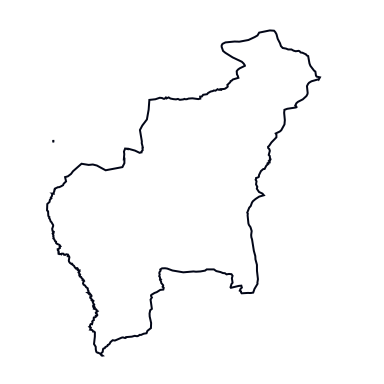 the district of Shinyanga, Shinyanga, United Republic of Tanzania, rotated 80°
{"feature_id": "72390352B3732768371218", "entity_name": "Shinyanga", "entity_type": "district", "adm_level": 2, "iso_a3": "TZA", "parent_name": "United Republic of Tanzania", "parent_adm1": "Shinyanga", "projection": "natural_earth1", "projection_center": [33.123, -3.598], "detail": "fine", "context": "isolated", "style": "outline", "palette": "ink", "viewbox_px": 384, "rotation_deg": 80, "n_neighbors": 0, "source": "geoboundaries", "source_scale": "gbopen_adm2", "svg_char_len": 6009}
<svg xmlns="http://www.w3.org/2000/svg" viewBox="0 0 384 384"><g transform="rotate(80 192 192)"><path d="M51.4,136.2L52.7,137.3L54.2,137.6L58.5,136.9L60.7,135.0L66.5,128.6L72.4,120.3L74.5,118.8L76.4,118.0L76.9,118.0L78.5,123.6L79.5,125.6L80.8,127.0L84.0,127.3L85.4,126.8L87.6,126.5L88.3,132.2L89.3,133.7L89.5,134.7L90.5,135.3L92.7,138.6L94.0,138.4L94.7,138.8L95.9,141.2L96.1,142.5L95.7,145.9L96.4,145.8L95.9,148.1L95.2,149.0L96.3,151.2L95.8,152.9L96.2,153.9L96.3,156.2L97.3,159.0L98.3,160.2L98.2,164.1L99.7,165.8L99.5,167.4L101.5,167.6L101.6,169.7L99.8,175.3L99.4,179.1L99.7,180.9L99.4,182.8L99.0,183.3L99.3,184.6L99.1,188.0L97.9,189.7L98.0,191.7L97.3,194.2L96.2,197.0L94.8,198.6L95.4,200.8L94.4,201.3L95.4,202.8L95.3,203.7L94.2,205.3L93.6,207.4L94.3,211.9L93.9,218.0L103.4,220.4L112.7,223.8L117.9,229.4L121.9,232.5L133.4,232.6L135.2,233.0L139.6,232.7L139.6,233.0L140.5,233.2L142.2,233.3L144.0,235.3L144.2,235.2L144.3,236.8L141.3,241.0L138.4,247.1L138.0,248.7L138.3,248.6L137.6,250.3L140.4,252.0L142.9,252.1L147.8,253.4L147.7,252.8L151.9,253.6L155.4,256.2L155.6,273.3L149.4,281.1L147.7,284.9L147.4,289.0L145.0,295.9L150.9,305.6L153.2,308.0L155.0,311.5L155.3,314.4L159.7,314.2L161.5,316.9L162.9,317.8L163.8,320.4L164.2,322.2L164.0,323.2L164.9,326.5L165.8,326.6L166.1,327.2L167.4,327.5L169.0,328.6L169.6,328.5L169.4,329.6L169.6,329.4L170.6,330.4L171.5,330.5L173.1,332.0L173.7,331.6L175.0,333.3L177.0,334.0L178.7,336.6L184.7,337.9L185.1,337.9L186.0,337.1L190.1,337.6L191.2,337.5L191.9,336.8L193.1,337.2L193.9,336.7L196.5,336.3L197.2,335.7L200.4,334.5L201.3,334.6L204.0,336.1L206.1,336.1L207.0,335.2L207.5,335.6L207.6,335.2L208.8,335.7L208.9,336.4L210.9,336.0L211.4,336.4L212.6,336.1L213.6,336.6L214.5,335.9L216.8,335.3L217.3,334.5L218.7,334.7L219.4,334.2L221.1,331.7L222.6,331.0L222.8,331.8L224.2,331.8L225.0,334.0L225.5,333.6L226.3,334.2L227.3,333.6L228.1,334.0L228.5,333.7L229.6,334.2L230.1,333.6L230.3,331.8L230.7,331.5L230.1,330.8L230.5,329.3L231.6,328.9L231.9,327.7L231.5,326.7L232.1,325.0L232.7,324.8L233.7,325.4L234.1,324.2L235.0,324.1L238.0,325.2L239.1,325.2L240.5,324.6L241.9,323.3L241.7,322.7L242.1,322.4L242.7,322.4L244.3,321.0L245.8,320.5L247.2,319.6L246.9,318.5L247.1,318.1L248.2,317.7L248.4,318.1L249.0,317.5L249.2,317.9L249.6,317.6L250.2,317.0L250.0,316.4L250.7,316.5L251.6,317.7L253.1,316.9L253.9,317.4L254.2,316.7L255.1,317.2L255.7,317.2L256.5,315.9L257.4,315.8L258.6,314.8L259.6,315.1L260.0,314.0L260.9,313.7L261.2,314.4L263.2,315.2L264.5,314.8L265.5,313.6L267.3,312.8L268.8,311.4L270.2,311.6L271.6,311.1L273.4,311.4L272.8,311.7L272.9,312.1L273.2,311.6L273.8,311.6L275.2,310.7L275.3,310.3L274.7,310.0L276.5,309.0L277.4,309.2L277.8,310.5L278.5,310.6L280.8,309.0L281.2,309.6L281.6,309.3L281.5,308.7L282.2,308.0L283.0,308.8L283.7,308.8L286.0,307.9L286.5,308.9L287.4,308.4L287.8,309.2L288.6,309.0L288.5,308.0L288.9,307.8L290.0,308.7L290.9,306.8L291.7,306.4L292.3,306.6L293.0,305.7L294.2,307.7L295.0,307.6L295.6,306.9L296.7,306.6L297.1,306.8L297.6,307.7L297.4,308.3L298.2,308.4L298.6,309.4L298.5,310.3L299.0,310.7L301.1,310.9L301.4,311.8L302.1,312.7L303.0,312.6L304.8,313.4L304.4,314.2L304.5,314.7L305.5,315.5L306.6,315.8L306.9,316.4L307.9,315.3L308.4,315.8L309.3,315.5L309.9,316.1L310.5,314.5L311.2,313.9L312.2,313.7L312.3,312.9L313.3,312.0L317.6,312.8L324.7,314.9L327.7,313.7L330.4,314.1L332.7,314.0L333.9,313.0L334.0,312.3L335.4,310.4L337.3,309.4L337.6,308.9L337.6,308.5L336.5,309.5L335.3,309.8L333.9,307.7L331.3,306.9L330.8,306.4L330.7,305.1L329.7,304.3L329.0,302.1L328.0,301.5L327.9,300.7L327.1,299.4L325.8,298.5L324.2,295.9L324.9,293.7L323.2,286.4L323.2,285.3L324.2,283.2L324.0,282.4L323.5,282.2L323.5,281.7L324.0,276.3L323.7,273.4L324.5,271.1L324.3,269.7L323.6,268.4L323.9,267.0L323.2,264.3L323.2,261.3L321.0,260.0L318.9,256.1L313.9,255.0L307.3,255.3L304.3,254.9L301.2,253.7L300.1,251.8L290.8,251.5L288.9,249.8L287.9,250.3L286.7,250.3L286.2,249.8L284.9,246.4L284.5,244.1L282.9,240.3L283.1,237.2L281.5,236.5L280.3,237.4L279.5,236.7L278.8,236.6L276.2,238.1L274.6,238.0L273.0,238.7L272.6,238.0L272.2,238.5L270.2,238.4L269.2,238.9L267.6,238.1L266.3,238.3L265.4,238.0L264.0,236.6L262.8,236.7L262.0,234.8L262.4,231.8L263.1,229.7L265.9,224.9L269.6,214.5L270.5,204.3L271.2,201.9L271.7,197.5L271.7,192.8L270.8,191.0L272.0,183.9L274.1,181.8L275.8,177.8L277.2,175.6L277.7,173.7L279.1,172.3L279.1,169.8L279.8,167.4L281.6,166.6L283.8,167.7L288.4,167.8L289.5,169.1L292.5,170.6L293.1,170.3L292.6,162.3L292.8,159.7L294.8,159.5L295.8,161.0L297.5,162.1L298.4,161.0L299.6,161.1L300.4,160.6L301.1,154.5L301.7,151.7L301.7,149.2L298.3,147.3L293.8,143.4L292.8,143.4L289.3,142.2L280.9,141.7L275.0,140.7L269.3,141.2L266.1,140.8L260.7,141.3L249.1,141.1L246.9,141.4L244.6,141.2L240.8,140.0L236.8,140.5L234.2,141.7L232.7,141.9L224.7,141.3L222.9,140.8L222.0,141.2L217.4,138.4L216.0,136.6L212.9,134.8L211.7,133.7L209.9,130.6L208.2,126.6L207.7,121.8L205.8,122.9L203.6,126.0L200.0,127.6L198.3,126.8L195.6,127.6L192.6,126.6L191.0,127.2L190.1,126.6L189.4,126.5L189.0,124.2L188.6,123.5L187.0,123.1L183.4,120.5L181.8,117.9L181.9,116.5L178.9,114.2L178.0,112.7L177.2,112.7L177.3,111.9L176.4,111.8L176.4,110.4L175.5,110.2L174.7,110.7L174.2,109.6L173.4,109.7L173.2,109.0L172.0,109.3L170.0,109.2L168.8,110.0L165.0,108.2L163.2,108.4L162.0,109.3L160.8,109.3L159.8,107.9L157.0,105.2L152.8,99.4L150.2,98.9L148.9,99.4L147.7,95.1L146.7,93.4L141.5,89.2L137.4,88.1L130.0,87.5L127.1,86.7L126.6,83.7L126.8,74.9L126.5,74.3L125.5,74.6L124.8,75.3L122.7,73.8L121.6,72.0L120.0,66.8L117.4,62.7L115.8,61.4L114.6,60.9L107.7,60.4L105.8,59.0L104.7,57.7L103.7,55.1L103.0,48.1L103.4,47.8L101.3,46.1L100.0,49.2L98.9,49.7L94.8,49.6L93.7,50.7L88.3,53.5L85.8,54.0L78.3,54.0L77.3,55.4L76.3,55.8L74.0,59.1L73.5,60.7L72.0,61.7L71.5,62.5L71.4,65.4L70.4,67.5L68.9,69.3L68.3,72.6L67.1,74.5L65.9,77.7L63.7,79.1L60.8,79.5L56.0,81.0L51.3,81.4L49.0,82.2L47.4,83.2L46.4,87.3L46.7,98.2L49.2,100.3L50.3,103.3L52.1,110.0L52.2,119.2L51.2,124.0L50.5,133.1L51.4,136.2ZM117.8,319.6L116.7,319.6L119.1,320.1L117.8,319.6Z" fill="none" stroke="#020617" stroke-width="2"/></g></svg>